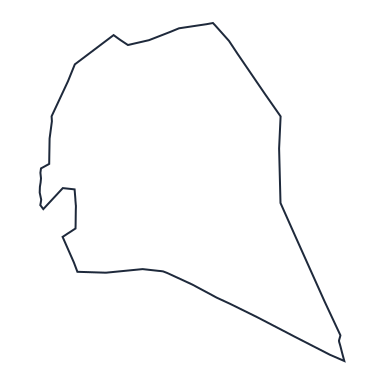 Santa María Nduayaco, Oaxaca, Mexico
{"feature_id": "50627088B11390795359307", "entity_name": "Santa María Nduayaco", "entity_type": "district", "adm_level": 2, "iso_a3": "MEX", "parent_name": "Mexico", "parent_adm1": "Oaxaca", "projection": "robinson", "projection_center": [-97.514, 17.403], "detail": "fine", "context": "isolated", "style": "outline", "palette": "slate", "viewbox_px": 384, "rotation_deg": 0, "n_neighbors": 0, "source": "geoboundaries", "source_scale": "gbopen_adm2", "svg_char_len": 1097}
<svg xmlns="http://www.w3.org/2000/svg" viewBox="0 0 384 384"><path d="M344.3,361.0L342.3,353.6L340.3,345.8L339.1,341.7L339.0,340.5L340.3,335.9L340.4,335.3L324.5,301.3L296.0,237.8L280.5,203.0L279.1,148.5L280.6,116.4L265.1,94.2L256.9,82.2L237.4,53.6L229.0,40.9L215.2,25.4L212.9,23.0L206.5,24.2L197.7,25.5L179.0,28.3L170.5,31.8L162.3,35.0L148.9,40.2L146.2,40.8L139.7,42.3L127.9,45.0L120.5,40.1L117.7,38.1L113.6,35.1L74.9,64.3L74.6,64.9L68.0,81.2L51.6,116.3L51.9,121.3L49.6,138.5L49.3,155.7L49.2,163.9L41.0,168.4L40.4,172.8L41.0,178.4L40.6,182.5L39.9,186.8L39.7,192.6L41.2,199.7L40.7,203.0L40.3,205.1L43.3,209.1L62.8,188.1L73.0,189.2L74.6,189.4L75.0,194.5L75.2,196.8L75.4,199.5L75.4,200.1L75.6,202.5L75.8,205.0L75.9,205.6L75.9,207.2L75.8,209.8L75.6,225.6L75.5,228.5L75.0,228.8L72.4,230.5L70.9,231.5L69.2,232.6L67.6,233.6L65.7,234.9L62.6,236.9L73.9,262.5L77.4,271.8L105.9,272.7L142.6,269.1L158.8,270.9L160.2,271.0L160.9,271.1L161.0,271.1L163.1,271.4L167.0,272.9L192.4,284.6L216.6,297.6L229.8,303.7L257.6,317.4L294.5,336.6L330.0,354.8L344.3,361.0Z" fill="none" stroke="#1e293b" stroke-width="2"/></svg>